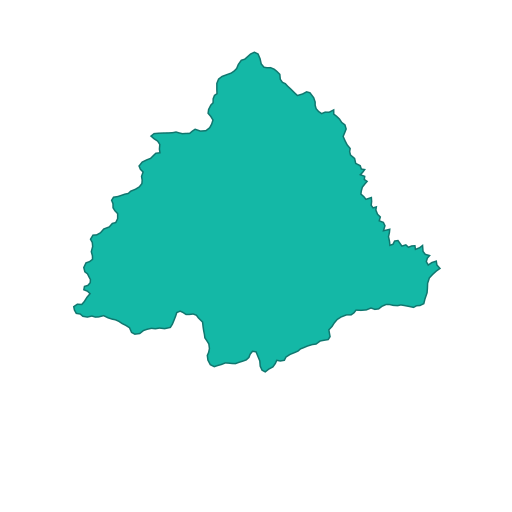 Estrela do Indaiá, Minas Gerais, Brazil, rotated 131°
{"feature_id": "56859067B45497715558707", "entity_name": "Estrela do Indaiá", "entity_type": "district", "adm_level": 2, "iso_a3": "BRA", "parent_name": "Brazil", "parent_adm1": "Minas Gerais", "projection": "orthographic", "projection_center": [-45.808, -19.573], "detail": "fine", "context": "isolated", "style": "filled", "palette": "teal", "viewbox_px": 512, "rotation_deg": 131, "n_neighbors": 0, "source": "geoboundaries", "source_scale": "gbopen_adm2", "svg_char_len": 3999}
<svg xmlns="http://www.w3.org/2000/svg" viewBox="0 0 512 512"><g transform="rotate(131 256 256)"><path d="M117.9,395.5L123.0,395.0L127.2,393.6L130.6,393.8L134.2,394.7L138.3,397.0L142.7,399.4L147.0,400.3L151.4,398.8L155.8,395.0L159.1,391.9L162.0,392.7L165.4,391.5L168.5,388.9L171.6,389.1L176.5,387.9L179.7,385.8L180.3,381.8L181.6,377.7L185.5,376.0L189.6,375.1L194.3,376.0L198.2,379.9L200.3,385.1L203.7,386.0L207.0,386.5L209.7,389.5L212.0,391.8L213.5,394.7L214.9,397.7L217.4,399.6L220.3,402.5L223.6,406.2L227.2,410.0L230.5,413.2L234.4,413.9L234.4,409.8L233.8,405.6L234.9,401.8L238.7,399.0L241.1,396.2L244.2,399.0L247.3,399.3L251.5,399.6L255.1,401.5L259.8,403.5L264.8,403.3L266.4,400.1L266.7,396.3L271.0,394.6L273.4,391.7L276.2,389.6L280.4,389.4L284.8,390.8L289.3,393.1L292.6,393.4L295.3,395.5L298.6,397.4L301.8,399.3L305.1,402.1L308.7,401.5L310.3,398.3L313.4,395.5L314.4,392.2L314.8,388.2L318.6,384.9L322.8,383.8L325.7,385.8L330.3,385.8L335.5,388.6L340.5,388.6L344.6,390.1L347.2,392.7L351.9,391.9L353.2,388.4L356.0,385.5L360.8,383.1L363.2,379.5L365.8,377.2L369.4,377.9L372.7,379.8L377.7,378.4L380.2,374.8L380.0,371.5L381.3,368.4L382.4,365.5L384.9,363.6L388.5,363.6L391.5,365.5L394.4,363.8L393.1,360.0L393.3,356.5L397.8,356.5L403.1,355.7L406.9,355.7L409.6,359.2L413.8,360.3L415.9,357.6L417.2,354.0L415.1,350.6L415.1,347.1L412.7,343.2L409.0,340.5L407.5,337.2L405.2,334.8L401.0,331.9L399.7,327.1L398.0,323.1L396.4,320.3L395.3,316.7L394.8,312.7L393.8,308.9L393.1,304.4L395.3,299.8L394.5,296.2L390.8,292.9L386.0,292.0L382.7,290.1L379.2,287.5L376.9,284.2L373.7,281.6L370.8,277.3L366.1,273.8L362.3,274.4L358.1,275.8L353.9,277.3L350.7,278.7L347.4,277.1L346.5,274.0L346.0,270.4L343.9,268.0L341.0,265.4L339.8,262.1L340.5,258.9L340.9,253.0L344.3,249.3L346.6,246.6L349.0,243.5L351.3,240.9L352.1,237.8L353.3,233.9L356.4,230.4L359.8,228.5L363.0,227.5L366.1,224.0L368.0,219.2L366.9,214.9L364.0,213.2L360.5,210.9L356.8,209.0L354.8,206.4L352.8,203.5L350.7,200.9L347.4,199.1L344.2,197.1L340.8,195.2L337.2,194.8L334.0,196.0L330.2,196.1L328.3,193.1L330.2,189.3L332.7,184.3L336.4,180.5L338.2,176.6L337.4,173.0L333.1,172.2L328.6,170.5L324.4,170.9L321.1,171.9L319.3,168.8L316.1,166.2L312.6,167.1L307.8,165.7L303.1,163.3L300.1,161.9L296.9,161.5L294.3,160.1L290.2,158.1L286.0,155.5L283.0,152.9L278.0,151.8L274.6,149.1L271.7,146.7L268.3,147.2L266.3,149.7L263.9,152.6L259.3,152.4L255.5,153.0L250.7,153.1L246.2,151.8L241.1,149.1L238.0,145.6L234.6,144.8L231.2,145.0L228.1,141.1L224.3,137.4L219.8,135.1L218.3,131.3L215.5,128.8L211.2,127.9L207.2,126.0L204.8,123.1L203.2,120.0L200.5,116.5L197.9,114.6L196.0,111.5L193.4,107.0L191.4,103.4L188.2,102.2L185.8,99.8L181.9,98.1L177.6,100.3L174.4,101.6L171.5,102.8L168.1,105.3L164.0,108.6L158.8,110.8L153.9,110.6L148.8,110.0L144.7,109.0L144.1,113.6L141.6,116.6L145.6,119.0L149.8,120.1L148.5,123.8L145.1,125.3L141.8,125.3L143.7,129.3L143.0,132.9L138.8,137.2L142.3,137.9L146.4,140.0L144.0,142.8L146.3,145.1L149.4,146.7L149.3,150.2L152.8,152.4L151.2,159.0L153.8,161.2L157.2,160.3L160.1,161.9L157.4,164.8L154.5,168.7L150.8,170.7L148.1,172.6L150.7,174.4L153.3,176.4L148.6,178.5L147.1,181.9L148.6,186.1L145.0,187.8L144.8,191.6L142.7,195.7L140.0,197.4L142.9,199.2L142.2,202.3L139.0,204.5L136.2,207.3L141.1,210.2L140.5,213.4L140.4,217.5L137.8,219.2L134.3,220.9L130.2,221.1L126.8,221.1L127.2,224.5L124.6,226.2L126.2,230.6L122.9,230.4L119.5,230.7L121.3,233.5L119.5,236.6L120.7,241.5L117.7,245.6L117.8,250.9L115.9,253.7L113.1,255.5L112.3,260.2L110.7,264.2L108.6,268.7L104.9,269.9L101.0,271.3L98.7,274.9L99.0,278.9L97.9,282.8L97.7,286.8L97.9,290.4L94.8,293.2L99.5,295.1L102.1,298.2L105.5,299.9L105.9,303.6L105.4,307.2L103.4,310.3L101.0,312.4L98.7,316.3L97.4,322.4L98.9,325.5L103.1,327.1L107.7,330.0L107.6,333.4L107.2,339.4L107.1,343.6L106.7,346.9L107.6,350.0L106.7,353.6L103.3,357.2L103.0,361.5L103.1,364.8L104.3,368.5L106.7,371.2L108.3,373.8L107.6,378.1L104.5,382.3L102.2,387.0L103.3,390.9L107.1,392.6L111.0,393.1L114.9,393.6L117.9,395.5Z" fill="#14b8a6" stroke="#0f766e" stroke-width="1.5"/></g></svg>